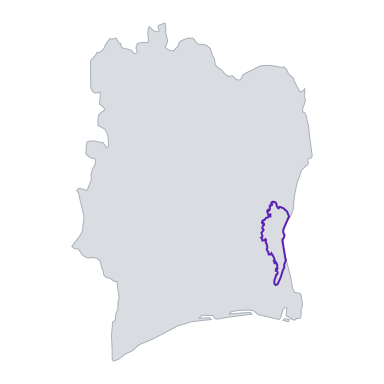 Ivory Coast, with Comoe highlighted
{"feature_id": "CIV-3460", "entity_name": "Comoe", "entity_type": "Department", "adm_level": 1, "iso_a3": "CIV", "parent_name": "Ivory Coast", "parent_adm1": "", "projection": "equal_earth", "projection_center": [-3.5, 6.565], "detail": "fine", "context": "in_parent", "style": "outline", "palette": "violet", "viewbox_px": 384, "rotation_deg": 0, "n_neighbors": 0, "source": "natural_earth", "source_scale": "10m", "svg_char_len": 6135}
<svg xmlns="http://www.w3.org/2000/svg" viewBox="0 0 384 384"><path d="M96.8,52.7L97.9,52.6L101.0,51.5L103.7,48.8L106.3,43.2L109.8,38.7L113.7,39.0L114.8,38.2L116.2,38.1L117.8,41.0L119.4,43.3L120.6,43.3L121.4,47.6L128.5,49.4L131.6,50.5L134.1,53.6L135.0,53.7L136.1,53.1L136.9,52.0L137.1,50.8L136.0,48.0L136.5,45.5L137.7,43.2L139.5,43.1L142.2,42.4L145.4,42.4L147.7,42.8L148.7,40.6L147.8,34.2L148.1,30.8L148.5,27.8L149.3,26.6L152.8,30.3L156.0,31.6L158.3,31.7L159.0,31.1L158.0,27.0L158.3,25.8L159.1,25.1L160.7,24.7L164.8,23.0L165.2,23.4L165.9,29.7L165.6,31.8L166.4,36.1L167.5,40.1L167.4,41.8L166.5,44.3L165.5,46.5L165.6,47.5L167.2,49.0L170.3,50.6L173.6,51.0L175.4,48.7L177.3,46.8L178.6,45.1L179.0,42.5L181.1,40.7L187.0,38.4L192.4,38.0L193.7,38.8L196.1,42.3L199.2,44.7L203.9,44.4L207.3,45.8L210.3,48.5L212.2,54.5L214.4,58.8L215.3,65.0L218.7,68.2L221.4,69.7L225.1,74.2L228.8,76.4L232.7,75.9L234.5,78.2L237.5,79.9L240.4,80.0L242.9,74.9L246.3,72.8L254.8,68.7L258.2,66.8L261.6,65.7L269.9,65.3L277.5,66.6L281.3,67.5L283.9,66.8L286.4,69.3L288.9,74.4L291.0,76.0L293.1,77.8L294.7,81.9L296.6,85.9L297.6,87.7L299.9,91.7L301.9,91.7L303.8,90.0L304.6,88.7L305.0,91.3L304.3,95.6L304.4,98.2L305.5,99.2L304.9,102.6L302.7,108.4L302.7,111.8L304.9,112.9L306.5,116.5L307.5,122.7L308.4,124.8L308.5,126.0L310.2,141.0L312.2,156.1L310.9,158.1L309.1,158.6L308.0,159.3L307.7,160.7L308.4,162.8L307.9,164.7L305.8,166.0L301.0,170.8L300.7,172.7L299.4,176.8L298.4,179.2L296.8,183.9L294.4,196.1L293.4,206.2L293.3,209.3L292.3,211.5L291.3,214.7L286.1,223.3L283.5,230.4L283.8,233.5L283.9,236.6L283.1,238.9L283.3,244.9L283.9,249.9L284.9,254.8L288.6,268.8L290.6,277.2L291.8,284.1L292.8,288.6L293.8,290.5L294.3,292.3L299.8,293.5L300.9,294.6L302.4,303.5L302.2,307.5L301.1,309.0L301.1,312.4L300.9,316.6L300.1,318.3L296.9,318.5L294.8,320.1L292.0,319.5L291.8,318.5L290.3,318.1L286.1,315.7L286.8,307.9L284.9,307.6L283.4,308.6L280.5,317.9L279.1,319.5L258.4,314.7L253.9,310.9L248.6,310.0L239.2,310.4L231.5,311.6L229.3,313.9L248.8,312.5L250.9,312.8L251.8,314.2L227.2,317.3L217.8,319.1L215.0,318.6L212.9,315.6L202.7,315.3L200.6,316.2L199.3,318.4L203.3,318.0L209.7,317.8L211.4,319.5L191.5,321.7L177.8,325.9L171.9,329.0L152.7,339.1L141.0,343.9L137.9,345.7L132.5,350.7L125.7,353.8L118.0,359.6L113.3,361.0L112.2,359.1L112.1,349.2L111.5,335.9L111.8,330.9L112.4,326.1L112.4,322.2L114.8,320.7L115.4,319.0L115.8,313.9L117.9,309.2L118.0,301.1L118.7,299.3L119.2,297.2L118.2,291.8L117.0,281.7L116.5,281.1L115.9,281.5L114.7,281.7L109.9,278.2L106.2,277.6L103.6,274.6L103.4,271.2L102.1,269.2L101.3,265.3L100.0,260.8L96.3,258.1L92.9,257.5L90.4,258.0L87.5,257.9L84.3,256.4L82.0,254.6L79.9,251.4L77.9,248.7L76.3,249.1L74.3,248.4L72.4,247.2L71.8,246.3L79.8,235.9L82.6,230.7L82.9,227.6L82.9,224.4L83.8,221.2L84.0,216.3L79.7,198.4L78.6,192.8L77.4,191.2L76.7,190.6L78.9,188.3L82.0,188.9L86.7,190.7L87.7,188.9L91.3,179.8L91.2,176.5L90.9,174.2L93.0,168.0L94.7,165.6L95.5,163.0L95.3,159.5L94.0,158.2L92.4,158.4L90.4,157.5L87.4,155.5L85.9,153.7L86.4,145.5L86.7,143.0L87.7,141.6L89.4,141.2L94.1,140.9L97.9,141.8L101.2,142.4L102.9,142.4L104.4,144.8L106.3,147.3L107.9,147.3L108.5,145.4L108.2,137.4L107.1,133.1L104.6,129.0L98.0,125.5L97.9,120.6L98.6,115.3L100.0,113.3L104.9,109.9L104.0,108.1L102.5,106.2L99.4,104.2L100.1,97.8L100.3,92.2L97.7,92.8L95.0,93.1L92.7,91.4L90.9,88.0L90.6,78.5L90.6,67.5L90.3,62.7L91.0,60.1L93.3,57.7L95.9,54.7L96.8,52.7ZM289.4,319.6L288.3,321.7L283.1,320.4L284.3,318.6L289.4,319.6Z" fill="#d9dde1" stroke="#a8b0b8" stroke-width="1"/><path d="M288.9,217.3L288.4,217.7L283.9,228.2L283.2,230.2L283.2,232.2L283.3,232.7L283.8,233.5L284.4,234.9L284.5,235.3L283.7,238.2L283.5,238.5L282.7,239.1L282.5,239.6L282.4,240.5L285.5,259.3L286.0,260.0L284.4,263.9L284.1,265.2L284.1,265.5L284.2,266.6L284.2,267.2L284.2,267.7L284.1,268.1L284.0,268.3L283.7,268.7L283.3,269.1L283.0,269.9L280.6,277.6L277.7,284.0L277.4,284.3L277.2,284.4L275.6,285.0L275.1,284.5L274.7,284.1L274.4,283.6L274.3,282.3L274.3,281.9L274.4,280.9L274.5,279.9L275.8,276.6L275.9,276.0L275.9,275.4L276.1,274.8L276.4,274.6L276.8,274.5L277.2,274.3L277.6,273.2L277.5,272.1L277.1,271.3L276.5,270.8L276.6,270.5L276.7,269.9L276.8,269.7L276.2,269.9L275.9,270.1L276.0,269.0L276.5,268.4L277.0,268.0L277.3,267.3L277.2,264.7L276.8,264.2L276.2,262.4L275.7,262.1L275.2,262.4L275.1,263.2L274.6,263.2L274.5,262.4L274.2,261.8L274.0,261.6L273.8,261.2L273.7,260.8L273.9,260.6L274.7,260.5L274.8,260.2L274.5,259.7L273.9,257.6L273.0,255.8L271.4,253.3L270.9,254.5L270.2,254.6L269.5,254.2L268.7,254.4L268.2,251.8L268.0,251.6L267.2,250.6L267.0,250.2L266.9,249.9L266.8,249.5L266.7,249.1L266.8,249.0L267.0,248.7L267.2,248.4L267.3,248.1L267.1,245.7L266.9,245.1L266.7,244.8L266.6,243.9L266.5,243.5L266.3,243.3L265.8,242.8L265.7,242.4L265.7,241.7L266.0,240.2L265.9,239.5L265.5,239.1L265.2,239.3L264.6,240.2L264.4,240.3L263.5,240.2L263.0,240.4L262.4,240.6L262.2,240.0L262.1,239.7L261.9,238.9L261.7,238.3L261.1,237.7L262.3,237.0L262.4,235.8L261.4,232.9L263.0,230.8L263.1,230.4L263.6,230.0L263.2,229.2L262.5,228.5L262.2,228.2L262.3,227.4L262.7,226.4L263.3,225.6L263.7,225.3L264.0,224.9L263.9,223.9L263.5,222.9L263.0,222.4L262.7,223.6L262.4,223.5L262.0,222.7L262.2,221.3L263.1,220.2L264.6,219.9L265.1,219.3L265.4,218.7L265.8,218.1L266.5,217.7L267.8,217.5L268.3,217.0L268.4,215.8L269.8,216.4L270.3,216.4L270.0,215.5L270.2,215.4L270.4,215.2L270.5,214.9L270.5,214.6L270.4,214.3L270.1,214.4L269.8,214.6L269.8,214.8L268.6,214.5L268.2,214.2L267.9,213.7L267.7,213.1L267.3,211.4L267.3,210.8L267.6,210.1L268.1,209.7L268.5,209.9L268.7,210.8L269.1,210.5L269.4,210.3L269.5,210.0L269.8,209.3L269.9,208.6L269.9,208.1L269.8,207.5L269.8,205.9L269.8,205.6L270.8,205.3L271.6,205.3L271.9,205.0L272.2,204.2L271.9,203.9L271.7,204.1L271.4,204.2L271.3,203.1L271.7,202.3L272.9,201.7L273.1,201.7L273.9,202.0L274.1,201.9L274.5,202.2L274.8,202.1L275.0,202.2L275.3,202.4L275.8,202.7L276.0,203.0L276.2,203.3L276.8,206.0L277.0,206.5L277.5,207.2L278.1,208.2L278.4,208.3L278.6,208.3L278.7,208.1L279.0,207.7L279.3,207.0L279.8,206.9L280.6,207.1L283.5,208.3L284.0,208.7L284.8,209.6L286.2,210.7L286.8,211.4L287.3,212.1L288.9,216.3L288.9,217.3L288.9,217.3Z" fill="none" stroke="#5b21b6" stroke-width="2"/></svg>